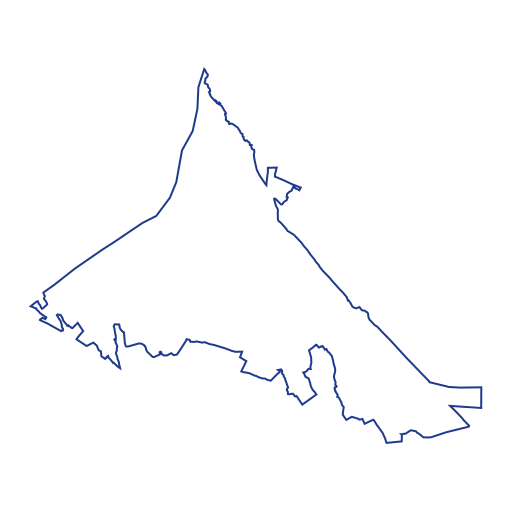 outline of Pomarla, Botosani, Romania
{"feature_id": "2599482B28021432956179", "entity_name": "Pomarla", "entity_type": "district", "adm_level": 2, "iso_a3": "ROU", "parent_name": "Romania", "parent_adm1": "Botosani", "projection": "mercator", "projection_center": [26.307, 48.065], "detail": "fine", "context": "isolated", "style": "outline", "palette": "blue", "viewbox_px": 512, "rotation_deg": 0, "n_neighbors": 0, "source": "geoboundaries", "source_scale": "gbopen_adm2", "svg_char_len": 6026}
<svg xmlns="http://www.w3.org/2000/svg" viewBox="0 0 512 512"><path d="M469.0,425.6L463.3,419.8L462.4,418.4L456.6,412.3L450.1,405.9L481.2,408.0L481.3,387.3L460.6,387.6L449.1,387.0L429.5,382.2L429.3,381.5L406.3,357.7L390.2,340.1L382.3,332.1L377.2,326.6L374.7,325.1L369.5,319.6L368.7,317.9L368.1,315.2L368.2,314.4L368.0,313.5L367.3,312.3L366.0,311.8L364.8,310.7L362.1,310.3L361.5,309.8L359.5,307.1L356.3,308.3L353.7,307.5L352.3,306.5L350.6,303.2L348.9,300.7L347.9,300.6L347.7,300.2L347.9,299.7L346.8,297.9L346.8,297.2L342.4,292.0L339.6,289.2L331.8,280.5L330.1,278.3L322.8,270.8L319.5,266.6L318.6,264.8L316.0,262.0L313.9,258.7L311.0,255.3L307.2,249.8L304.0,246.3L301.6,242.9L293.8,234.7L287.4,230.8L286.3,228.9L280.6,222.5L278.6,221.2L277.8,218.6L277.9,216.7L277.7,212.6L277.9,211.6L277.9,209.5L275.8,205.5L274.1,198.9L274.6,198.5L276.0,199.3L280.7,204.1L281.1,204.4L282.0,204.4L282.4,204.2L283.5,202.3L286.9,199.9L287.2,198.6L287.8,197.4L286.6,197.0L287.1,193.9L289.7,191.6L291.6,190.6L292.2,189.0L293.0,187.9L293.5,187.5L293.2,187.0L293.3,186.7L294.4,187.0L295.6,188.6L296.7,188.7L299.3,190.3L300.7,187.6L291.4,183.9L284.0,180.4L274.9,176.6L275.2,173.0L275.9,171.3L276.0,170.1L276.7,167.6L267.9,167.8L267.9,171.4L266.5,182.9L266.4,185.1L265.1,183.6L259.6,175.4L256.8,169.9L254.9,161.7L254.0,156.6L253.9,153.9L254.4,152.2L254.1,149.8L252.7,149.4L251.7,148.6L251.8,148.0L251.2,146.7L251.4,145.7L251.8,145.1L251.7,144.9L249.9,145.1L249.7,144.7L249.8,144.2L249.5,142.7L249.2,142.3L247.9,141.6L246.8,140.4L245.5,140.9L244.9,140.6L244.7,140.0L244.1,139.7L243.6,138.1L243.6,137.1L243.1,137.1L242.6,136.3L242.5,134.0L241.5,133.6L240.7,132.9L240.0,131.5L239.9,131.0L239.5,130.3L239.0,129.8L237.8,127.7L232.7,124.0L231.0,123.5L229.9,124.1L228.9,123.7L228.8,122.7L228.9,121.8L226.6,120.8L226.0,120.0L226.2,119.7L225.8,119.2L226.0,118.3L225.7,116.2L224.9,114.3L225.0,114.0L226.0,113.6L225.6,112.6L221.5,105.7L218.9,104.2L220.1,103.3L219.1,102.4L217.8,103.3L217.0,103.2L216.1,101.9L216.1,101.5L216.5,101.2L215.2,100.2L214.7,100.7L211.1,96.7L209.8,94.3L210.1,94.1L209.0,92.0L210.2,91.2L210.2,90.9L209.5,88.5L208.3,87.5L207.8,85.0L206.5,84.0L205.1,83.4L204.7,83.1L204.7,82.0L205.4,80.3L205.4,78.7L207.3,76.8L207.9,75.0L207.5,74.0L206.6,73.2L206.1,72.3L205.2,70.2L204.2,69.1L198.4,87.2L197.4,108.9L192.7,131.0L182.0,150.4L176.3,182.1L169.9,197.7L156.3,215.9L142.2,223.1L113.2,242.7L102.7,249.4L74.6,268.8L54.3,284.8L43.4,292.5L44.0,294.7L44.8,295.8L44.7,297.0L44.2,297.8L43.9,298.8L44.3,299.4L45.4,300.5L46.6,302.6L47.2,304.1L46.5,305.1L42.8,308.4L41.9,308.8L41.1,307.5L39.9,304.8L38.8,303.9L38.2,302.0L37.7,301.2L35.9,302.1L30.7,306.3L36.3,308.5L36.5,309.0L36.4,309.4L38.5,311.2L39.9,313.0L46.3,317.4L45.3,319.1L42.4,317.8L40.7,319.3L40.3,319.3L39.9,320.0L40.1,320.2L47.3,323.4L61.0,331.1L61.7,330.5L62.8,330.5L62.7,329.8L63.1,329.4L63.1,329.1L61.9,327.0L61.8,325.2L60.7,321.3L56.8,315.2L57.6,314.4L60.6,315.0L62.2,317.5L63.4,320.8L66.8,324.9L67.2,325.7L68.4,325.3L68.6,325.6L68.6,326.2L69.9,326.5L71.7,328.0L72.5,328.1L77.7,322.9L83.2,331.1L78.1,336.9L76.5,339.3L86.6,346.0L93.4,342.6L96.9,345.7L98.2,349.1L98.9,350.4L100.9,351.3L101.3,355.8L101.6,356.5L104.5,358.3L104.6,358.7L105.0,358.9L106.1,358.2L106.5,357.1L107.7,356.7L107.7,356.2L108.1,355.9L108.4,356.7L108.4,357.6L110.2,359.2L113.1,362.9L113.5,362.6L117.7,366.6L120.1,368.2L119.1,364.1L118.7,361.6L117.5,358.9L117.4,357.4L116.0,353.5L116.2,351.9L116.9,350.5L116.7,348.8L117.3,346.6L116.8,345.7L116.8,344.8L115.6,342.7L115.7,340.9L115.0,340.5L114.3,339.6L114.3,339.4L115.1,339.3L115.5,340.1L115.8,339.6L115.8,336.1L114.7,330.9L114.5,328.7L113.7,326.3L114.7,324.3L119.2,324.5L119.8,327.9L120.7,329.6L123.6,332.6L123.8,332.3L124.0,332.5L124.8,342.9L125.7,345.9L126.1,346.4L126.7,346.6L128.4,346.4L139.1,343.4L141.9,343.8L142.6,344.4L143.7,344.8L144.7,346.2L145.0,346.1L145.9,348.0L146.0,349.4L147.2,351.7L152.5,356.8L153.4,357.1L154.5,356.9L160.2,354.3L159.6,352.2L160.2,351.7L161.0,351.9L161.3,352.4L161.3,353.7L164.0,355.5L167.0,355.4L171.2,353.2L173.6,355.1L176.6,354.7L177.6,353.7L180.3,349.6L184.8,342.7L186.1,340.5L186.4,339.4L186.8,339.1L187.9,339.6L189.6,339.8L190.0,340.4L190.1,341.5L190.5,341.8L194.9,341.9L196.2,341.4L202.1,342.6L204.8,342.2L209.3,344.0L214.2,345.0L225.9,348.6L232.1,351.0L235.6,351.8L242.1,351.7L240.0,357.3L246.3,361.1L241.3,371.4L243.4,372.2L246.0,372.5L249.2,373.2L255.2,375.8L256.1,375.9L258.4,377.1L262.2,378.4L265.1,378.6L267.4,379.9L270.8,380.7L276.4,374.9L279.7,372.0L280.0,371.3L278.1,370.0L281.0,369.4L282.0,370.5L282.3,371.7L282.0,373.2L282.4,374.0L283.6,375.1L283.8,376.6L285.0,378.3L285.4,380.2L285.9,381.2L287.5,386.1L288.1,387.2L287.8,388.1L286.9,388.9L286.9,389.7L286.9,390.3L287.9,391.8L287.9,394.0L289.5,394.3L291.9,393.7L293.0,393.8L295.1,396.4L296.6,396.1L302.3,404.6L316.4,394.5L314.8,392.1L313.0,390.3L312.0,388.7L310.8,386.1L310.1,382.8L308.6,378.4L305.4,376.7L304.4,374.2L303.3,372.5L305.0,372.1L306.0,371.6L307.4,370.3L308.2,369.1L308.8,368.8L310.7,369.0L310.5,368.2L310.4,366.9L311.4,362.6L311.2,361.1L311.2,357.5L309.0,350.3L312.4,347.9L315.8,344.9L316.2,345.3L316.6,345.0L319.0,347.6L321.2,346.4L321.5,346.7L322.5,346.1L323.1,346.6L324.9,349.7L326.4,349.0L327.8,351.7L329.0,352.5L331.9,356.1L333.0,360.4L333.8,364.3L335.1,368.5L335.2,371.0L334.1,375.4L334.0,377.3L334.6,379.7L335.6,382.3L335.3,384.2L335.4,384.9L336.5,386.0L336.6,386.5L336.0,387.1L334.7,387.4L334.5,388.1L334.9,388.7L334.9,390.2L334.9,390.6L335.7,391.2L335.9,392.4L336.4,392.8L337.7,394.9L337.2,396.8L338.4,397.2L339.2,398.3L341.6,402.9L341.5,403.3L341.6,403.9L342.5,405.7L343.7,407.0L342.7,414.6L346.3,419.9L351.8,416.8L358.4,418.8L359.2,419.6L361.0,419.4L362.4,418.9L364.6,423.8L373.3,419.7L374.5,421.1L376.5,424.5L382.5,432.7L385.2,438.7L386.1,441.8L386.6,442.9L401.7,441.4L401.9,435.0L401.3,434.3L402.2,434.4L403.6,433.7L404.9,433.9L405.7,433.6L410.2,430.6L411.1,430.3L416.0,431.3L416.9,432.6L418.8,433.6L423.5,437.4L429.9,437.4L431.3,437.2L446.4,432.2L466.7,427.2L468.9,426.5L469.1,426.2L469.0,425.6Z" fill="none" stroke="#1e3a8a" stroke-width="2"/></svg>